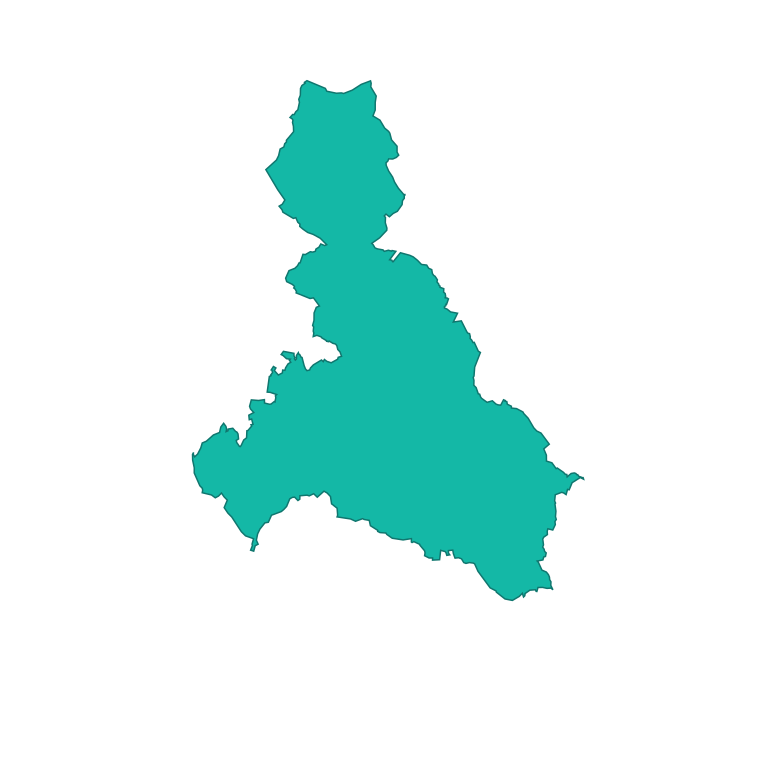 the district of Lupeni, Harghita, Romania, rotated 313°
{"feature_id": "2599482B15236521048096", "entity_name": "Lupeni", "entity_type": "district", "adm_level": 2, "iso_a3": "ROU", "parent_name": "Romania", "parent_adm1": "Harghita", "projection": "albers", "projection_center": [25.242, 46.419], "detail": "fine", "context": "isolated", "style": "filled", "palette": "teal", "viewbox_px": 768, "rotation_deg": 313, "n_neighbors": 0, "source": "geoboundaries", "source_scale": "gbopen_adm2", "svg_char_len": 6171}
<svg xmlns="http://www.w3.org/2000/svg" viewBox="0 0 768 768"><g transform="rotate(313 384 384)"><path d="M450.5,594.9L451.1,593.9L450.6,593.9L450.9,593.0L449.3,589.3L449.8,587.5L449.2,587.1L449.4,585.3L448.7,583.8L446.2,581.9L441.0,581.3L442.5,579.4L441.6,578.2L441.8,575.5L440.7,568.0L439.5,567.6L440.9,560.5L438.4,555.4L442.7,551.3L445.5,545.1L452.7,545.9L455.2,532.3L453.8,527.8L454.1,523.4L457.3,512.7L457.7,506.4L458.3,504.7L456.4,497.7L453.3,493.6L454.6,492.3L453.3,488.0L454.9,485.8L454.0,484.2L454.6,483.9L454.0,482.2L448.1,483.8L446.5,481.6L445.7,479.6L445.6,474.7L440.9,471.9L440.1,465.3L440.3,463.7L441.8,460.9L441.1,459.7L444.2,453.8L444.3,450.6L448.0,447.3L449.7,444.7L451.2,444.4L458.2,438.8L472.8,433.0L472.3,430.6L476.0,421.6L475.0,420.9L476.0,417.9L476.0,416.0L477.5,414.8L479.2,412.2L478.4,411.0L478.6,409.2L482.9,397.5L476.6,392.4L485.9,389.5L482.1,383.5L481.8,379.1L480.8,376.4L481.9,375.4L483.4,375.8L484.6,374.9L485.0,375.4L490.2,373.1L490.0,371.7L488.8,369.9L490.2,369.3L491.9,367.0L491.8,365.0L494.5,362.7L492.9,359.0L493.8,358.2L493.6,357.0L494.4,355.9L494.8,353.1L496.6,352.0L497.6,347.9L497.3,346.3L497.8,344.1L500.2,340.9L499.1,337.7L500.1,334.1L497.0,329.9L497.3,324.1L496.9,318.7L495.7,315.1L491.2,306.5L479.7,307.3L479.3,306.8L479.9,305.3L478.7,303.4L489.1,302.2L487.1,298.9L486.3,298.9L484.8,296.0L481.2,293.7L481.4,291.8L478.3,287.0L477.4,284.6L478.5,280.9L478.5,279.1L487.9,281.1L498.3,281.2L500.0,279.8L502.8,275.0L506.8,271.5L507.1,269.6L509.6,269.6L510.0,273.9L515.0,274.4L519.4,276.0L527.5,274.9L530.7,272.5L533.6,272.2L535.3,270.6L536.6,270.4L536.8,270.0L536.0,269.5L537.0,260.9L538.9,254.0L541.2,249.2L542.9,242.2L545.4,236.5L547.2,234.6L549.5,234.8L551.8,233.9L554.6,237.0L558.1,238.5L561.4,238.7L562.5,235.4L566.8,231.4L567.7,223.0L571.4,217.2L571.9,215.1L571.6,210.0L574.2,201.1L572.5,193.1L578.4,190.7L584.0,185.5L589.3,181.9L592.3,171.7L595.2,169.5L596.5,167.4L587.6,163.0L577.3,160.4L569.0,156.4L567.8,154.3L564.2,150.9L559.1,142.5L560.2,139.5L553.3,120.8L550.4,120.1L550.3,121.2L546.3,120.4L543.2,121.4L538.1,125.9L534.1,127.5L532.3,130.1L525.8,134.0L522.9,133.8L519.8,134.6L518.8,133.4L514.8,133.5L515.3,136.1L514.8,137.5L512.9,138.7L510.7,142.0L506.9,145.8L495.7,146.4L494.4,147.6L492.0,147.5L489.1,149.1L485.0,147.8L479.1,151.2L474.4,152.6L460.2,151.4L453.6,173.9L451.0,186.0L446.1,187.0L442.5,186.0L441.9,190.6L440.7,192.9L443.3,204.8L445.5,206.1L443.5,210.7L443.6,213.5L441.8,214.9L442.0,219.3L442.8,224.9L445.1,230.1L447.1,237.9L446.8,247.1L444.8,246.2L443.3,242.3L439.7,243.1L436.3,242.2L434.2,243.3L431.8,241.9L430.5,239.9L425.0,238.2L423.6,236.3L415.4,240.0L414.6,239.3L411.5,240.1L407.8,239.9L402.1,237.2L394.3,239.9L392.5,243.0L394.3,248.9L394.4,251.4L394.0,252.3L392.7,252.5L392.8,254.2L392.0,256.8L390.7,257.6L396.1,271.6L398.9,273.7L397.0,283.6L393.9,282.2L388.3,284.4L382.8,289.4L378.1,291.9L377.8,293.6L374.4,296.2L373.4,297.9L370.4,299.9L373.8,301.7L375.6,305.8L375.3,306.8L376.5,312.6L376.1,312.9L377.2,314.7L378.0,314.6L378.9,318.9L380.2,321.3L379.9,323.3L377.7,326.7L377.5,329.9L375.3,334.1L372.3,332.3L370.5,333.2L363.5,330.9L361.6,326.8L361.3,323.7L358.9,324.3L358.9,321.9L349.8,319.3L345.5,319.3L343.5,320.1L341.2,318.5L341.5,316.2L343.0,313.0L347.5,306.0L347.1,305.0L348.1,302.2L347.7,301.3L348.5,300.0L345.2,300.5L342.6,302.9L341.0,302.8L341.3,301.3L342.6,300.9L343.2,299.0L345.0,297.2L339.3,288.2L335.4,288.7L336.0,290.9L336.0,295.4L338.2,298.5L336.9,298.5L336.3,301.0L333.3,300.1L328.7,301.0L326.4,302.2L325.1,300.4L322.8,302.1L318.5,300.6L319.1,294.6L322.0,294.0L321.4,291.2L317.5,291.9L317.8,292.3L316.4,294.7L313.4,295.0L313.0,295.7L311.3,295.0L298.4,304.1L300.3,306.5L303.1,312.7L301.3,312.6L300.2,314.2L296.5,316.5L296.3,315.7L292.4,315.1L291.1,314.1L288.6,309.6L291.0,307.2L286.4,303.5L281.9,297.8L276.0,300.9L274.7,303.4L274.3,308.2L269.0,306.4L266.0,309.8L268.1,311.1L265.2,315.7L263.5,314.5L263.0,315.9L257.2,316.2L256.3,315.6L250.9,320.2L247.4,319.6L241.5,321.5L240.1,321.5L239.8,320.7L240.8,316.1L242.0,314.4L244.6,315.1L247.9,311.3L248.5,309.3L248.1,307.7L248.5,303.6L244.8,300.8L243.3,301.8L241.5,301.0L243.6,299.7L245.2,297.3L245.9,293.5L241.2,294.0L236.4,296.8L230.4,294.0L221.0,293.1L216.9,291.3L212.3,293.6L205.6,295.5L201.6,295.2L202.6,292.3L204.1,291.4L201.9,292.0L197.8,296.0L193.3,302.4L189.5,305.9L184.0,318.7L183.8,322.2L182.7,323.8L180.5,325.2L185.2,333.5L185.7,338.2L189.2,339.4L193.4,339.5L192.4,344.1L192.2,348.6L184.6,351.4L183.1,358.0L182.9,363.4L178.7,380.4L178.5,386.3L181.9,394.1L176.9,396.7L176.0,398.0L171.5,399.8L172.9,402.7L177.9,400.1L181.0,401.2L182.7,397.2L188.2,393.8L193.3,392.2L201.2,391.6L204.0,393.7L211.3,391.2L220.7,395.9L223.9,396.3L228.0,396.3L235.7,393.4L238.6,394.3L240.3,395.8L240.1,400.5L242.3,401.0L244.9,398.7L250.2,403.5L251.2,405.6L255.8,407.4L255.7,412.4L264.7,413.2L265.5,416.8L265.2,421.6L260.6,427.4L261.2,434.4L256.4,439.6L254.8,440.3L262.5,451.6L264.2,456.8L270.9,460.2L271.4,461.9L274.2,466.2L271.1,470.7L272.7,479.3L271.9,479.9L272.6,482.4L276.3,487.0L275.9,488.6L276.8,495.2L283.0,504.3L289.6,509.5L287.1,511.8L287.2,512.6L289.1,513.4L291.1,519.5L290.6,520.2L289.7,527.4L288.5,529.2L286.1,530.8L287.5,535.6L289.9,538.2L288.3,539.6L293.4,544.5L301.0,538.9L303.1,542.9L303.0,544.2L301.5,546.8L303.9,548.6L304.3,546.5L306.1,544.7L309.4,547.6L307.2,550.5L305.1,554.7L307.8,557.0L309.0,559.9L307.8,564.1L308.7,566.3L311.6,568.2L313.9,571.4L314.3,572.9L311.1,580.5L307.3,600.7L309.1,607.1L308.4,608.1L309.3,619.1L313.3,625.5L321.0,627.8L325.3,627.9L323.4,631.3L325.1,631.4L327.0,630.1L332.7,631.3L336.7,635.0L336.1,636.7L336.5,637.3L340.2,635.4L343.4,638.7L345.7,642.6L348.6,645.3L348.7,647.9L350.5,643.3L353.2,641.0L353.9,638.6L355.6,636.7L356.7,634.3L357.2,631.0L355.6,626.4L358.9,618.5L359.0,616.8L363.7,620.2L366.4,618.8L368.0,619.7L371.1,617.8L371.1,615.7L372.4,613.7L372.9,611.3L375.1,610.4L378.9,605.8L381.0,605.3L385.3,606.2L387.6,603.8L389.9,602.6L392.3,607.0L398.0,605.2L400.0,602.8L402.4,602.4L403.9,599.9L408.2,596.5L412.9,590.8L413.9,590.7L414.8,588.6L419.8,584.8L425.9,587.8L426.8,589.5L427.3,592.6L432.1,590.1L432.9,591.6L440.1,588.9L449.4,591.3L450.5,594.9Z" fill="#14b8a6" stroke="#0f766e" stroke-width="1.5"/></g></svg>